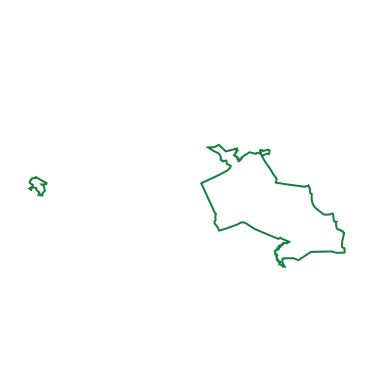 the district of Santo Domingo Tehuantepec, Oaxaca, Mexico, rotated 281°
{"feature_id": "50627088B71945417585230", "entity_name": "Santo Domingo Tehuantepec", "entity_type": "district", "adm_level": 2, "iso_a3": "MEX", "parent_name": "Mexico", "parent_adm1": "Oaxaca", "projection": "equal_earth", "projection_center": [-95.387, 16.448], "detail": "fine", "context": "isolated", "style": "outline", "palette": "green", "viewbox_px": 384, "rotation_deg": 281, "n_neighbors": 0, "source": "geoboundaries", "source_scale": "gbopen_adm2", "svg_char_len": 5714}
<svg xmlns="http://www.w3.org/2000/svg" viewBox="0 0 384 384"><g transform="rotate(281 192 192)"><path d="M202.3,199.4L179.2,216.1L177.7,216.9L174.8,219.8L173.9,219.4L172.3,219.8L172.0,219.7L169.5,220.4L168.7,220.4L167.0,219.7L165.8,220.0L164.8,220.9L163.0,223.3L159.2,226.0L162.8,232.8L168.8,242.8L170.1,244.3L171.6,246.1L172.0,249.9L167.8,260.2L165.3,271.6L162.5,285.9L163.9,287.5L163.6,287.8L162.2,294.1L161.6,297.1L161.4,297.0L161.2,296.6L161.0,296.3L161.3,296.0L161.2,295.8L161.0,295.7L160.9,295.5L160.8,295.4L160.3,295.3L160.2,295.2L160.2,294.8L160.3,294.6L160.0,294.4L159.8,294.6L159.5,294.1L159.6,293.6L159.6,292.9L159.7,292.4L159.6,292.1L159.5,291.4L158.9,291.5L158.7,290.9L158.3,290.7L158.1,290.7L158.0,291.0L157.9,291.1L157.5,290.8L157.3,290.8L157.2,290.3L156.9,290.0L156.8,289.4L156.5,289.6L156.4,289.2L156.2,289.2L156.1,288.9L155.9,289.2L155.7,289.0L155.7,288.9L155.4,288.8L155.2,288.9L155.2,288.6L154.9,288.9L154.6,288.6L154.4,288.3L154.1,288.2L153.9,288.0L153.9,287.7L154.0,287.5L153.5,287.5L153.5,287.8L153.1,287.8L153.1,288.1L152.8,288.1L152.6,287.8L152.6,287.7L152.3,287.6L152.3,287.4L152.4,287.1L152.0,287.3L152.0,287.1L151.8,287.2L151.7,286.9L151.8,286.4L151.5,286.1L151.4,285.7L151.2,285.7L151.1,285.9L150.9,285.8L150.9,285.4L149.8,284.5L149.4,284.7L149.0,285.2L147.7,285.3L147.3,285.7L147.2,285.6L146.8,285.5L146.7,285.6L146.8,286.4L146.9,287.2L146.5,287.4L146.2,287.8L145.8,287.5L145.6,287.5L145.6,287.4L145.3,287.4L145.0,287.2L144.9,287.3L144.3,287.2L143.7,287.5L143.5,287.9L143.2,288.0L143.0,288.3L142.7,288.3L142.2,288.5L141.7,288.6L141.7,288.8L141.8,288.8L141.9,289.1L141.9,289.3L141.7,289.5L141.3,289.2L141.2,288.8L140.7,289.6L140.7,289.9L140.8,290.2L140.6,290.3L140.6,290.2L140.2,290.1L140.1,290.4L140.3,290.5L140.2,290.8L140.2,291.0L140.2,291.4L140.4,291.7L140.3,291.9L140.1,292.0L140.0,291.8L139.7,291.7L139.4,291.4L139.3,291.6L139.0,291.6L138.8,291.6L138.7,291.4L138.2,291.4L138.3,291.5L138.2,291.8L137.3,293.8L136.7,294.7L136.0,295.8L136.2,296.1L136.8,296.1L136.6,297.0L140.5,293.9L144.1,293.7L146.4,304.3L145.3,309.4L155.9,320.2L160.2,340.1L159.9,345.3L161.5,353.2L163.0,353.2L163.5,353.0L163.5,352.9L163.9,352.9L164.2,352.8L165.3,352.7L165.9,352.4L166.0,352.2L165.9,351.9L165.9,351.4L166.3,350.2L167.0,349.7L168.4,349.3L170.3,349.0L171.6,349.0L173.5,348.9L180.9,349.2L181.0,349.0L180.8,348.8L180.9,348.4L181.3,348.0L181.6,348.1L182.0,347.6L182.0,347.3L182.3,346.8L182.4,346.4L182.6,346.2L182.4,346.0L182.4,345.5L182.5,345.3L182.8,344.9L182.9,344.5L183.1,344.2L182.9,343.9L182.9,343.5L183.2,342.7L183.1,342.2L183.7,341.3L185.1,340.4L189.8,339.0L190.0,339.1L189.8,338.6L190.3,338.0L190.4,337.9L190.2,337.6L190.3,337.4L190.7,336.9L190.9,336.8L193.8,335.7L196.9,334.9L197.1,334.7L197.6,334.2L197.7,333.6L197.2,332.9L196.6,332.0L196.0,330.9L195.9,329.9L195.5,328.9L195.3,327.5L195.1,327.1L195.1,326.2L195.1,325.7L195.8,324.2L196.7,322.6L198.5,318.7L199.5,317.0L200.9,315.0L202.6,313.4L204.6,312.1L206.6,311.2L208.2,310.8L213.1,309.8L213.1,309.2L213.1,308.7L213.3,308.5L213.7,308.2L215.2,307.7L217.7,307.4L217.8,307.4L217.8,307.6L217.9,307.3L217.9,307.1L218.1,306.9L218.1,306.7L218.3,306.4L219.2,305.9L219.7,305.8L220.1,305.5L220.3,305.2L220.5,305.3L220.6,305.2L220.3,305.1L219.8,304.3L219.8,303.7L219.4,302.7L218.7,302.2L217.6,283.9L217.2,272.4L221.1,272.7L225.2,268.1L229.4,264.6L235.1,258.6L237.4,256.5L241.3,253.2L241.3,254.3L242.3,255.7L243.0,257.1L243.5,257.4L243.8,257.9L243.9,258.3L244.0,260.3L245.8,260.3L247.2,260.2L247.4,260.3L248.0,259.5L247.9,258.0L246.5,255.5L245.7,253.5L246.3,253.3L246.5,252.3L246.4,251.5L246.2,251.2L245.3,250.9L244.6,251.2L243.7,252.2L243.3,252.4L243.1,252.3L242.7,251.7L242.7,251.2L242.9,250.1L243.0,248.6L242.6,247.9L241.8,247.6L241.6,247.2L242.0,240.8L235.6,234.3L235.1,234.1L234.7,234.6L234.3,234.3L234.0,233.9L234.0,234.0L233.0,233.6L232.4,233.1L231.5,232.6L231.4,232.5L231.5,232.4L231.7,232.6L231.9,232.3L231.8,232.2L232.0,231.9L231.9,231.8L232.0,231.8L232.3,231.3L232.7,231.3L232.9,230.4L233.5,230.5L234.1,230.3L234.5,230.4L234.6,229.3L234.9,229.1L235.2,228.3L235.3,228.3L235.5,228.4L235.6,228.0L235.5,227.9L236.1,226.3L237.0,226.8L237.4,227.2L237.9,227.3L238.0,227.1L238.5,227.2L238.6,227.4L238.9,227.7L239.1,227.5L239.6,227.9L241.2,228.0L241.3,227.5L242.1,227.8L241.9,228.5L243.3,227.9L238.3,217.5L243.4,209.4L240.2,205.1L239.9,204.0L239.3,200.7L239.0,200.2L238.8,199.4L237.5,202.6L236.3,205.8L235.0,210.8L234.2,211.8L232.7,213.0L230.4,214.1L229.9,213.8L229.5,213.9L229.2,214.0L228.9,214.3L228.3,215.7L228.6,216.0L228.1,216.6L229.4,219.6L226.2,221.0L225.9,221.9L225.2,225.0L223.1,224.8L222.9,224.4L222.1,224.3L221.6,224.0L219.1,221.8L212.9,213.9L202.3,199.4ZM159.8,42.0L160.5,43.5L160.5,43.8L159.9,44.1L159.9,44.5L160.0,44.6L159.9,45.7L160.0,45.8L161.1,44.9L161.7,45.4L163.2,46.1L165.4,47.4L170.2,44.9L170.4,43.3L170.5,43.0L170.6,42.9L170.6,43.5L170.9,43.7L171.1,45.4L171.4,45.9L171.6,46.5L171.8,46.9L172.2,46.3L172.4,46.4L172.8,48.2L173.8,44.8L176.9,35.8L176.6,35.6L176.1,35.8L175.7,35.6L175.5,34.9L175.6,34.2L175.2,33.8L175.0,32.8L174.3,31.9L173.8,31.9L173.7,31.7L172.8,31.6L171.6,30.8L171.4,30.8L171.1,31.0L170.8,31.1L170.7,30.9L170.2,30.8L170.0,31.1L169.1,32.7L169.2,33.1L169.1,33.3L168.7,34.2L168.4,34.6L168.1,34.5L167.8,34.2L167.5,34.5L166.9,34.5L166.5,34.5L166.3,33.9L165.8,34.0L165.6,33.8L165.6,33.4L165.4,33.1L165.2,32.5L165.1,32.3L164.9,32.3L164.5,32.0L164.3,31.8L164.2,32.2L163.9,32.6L163.6,33.0L163.5,33.5L163.7,33.4L163.8,33.1L164.0,33.1L164.2,33.5L164.5,33.5L164.8,33.4L164.9,33.5L165.2,33.7L165.2,33.9L165.9,34.8L166.2,34.9L166.4,35.7L166.2,36.6L166.3,37.4L166.1,38.3L165.8,38.5L165.0,38.4L164.0,39.5L163.6,40.1L163.5,40.6L162.9,41.1L162.7,42.2L160.5,42.1L159.8,42.0Z" fill="none" stroke="#15803d" stroke-width="2"/></g></svg>